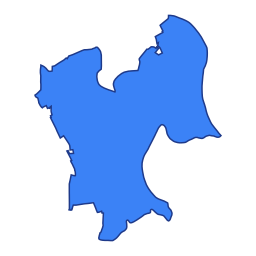 the district of Duy Tien, Hà Nam, Vietnam
{"feature_id": "81297802B7902592700170", "entity_name": "Duy Tien", "entity_type": "district", "adm_level": 2, "iso_a3": "VNM", "parent_name": "Vietnam", "parent_adm1": "Hà Nam", "projection": "natural_earth1", "projection_center": [105.971, 20.625], "detail": "fine", "context": "isolated", "style": "filled", "palette": "blue", "viewbox_px": 256, "rotation_deg": 0, "n_neighbors": 0, "source": "geoboundaries", "source_scale": "gbopen_adm2", "svg_char_len": 5765}
<svg xmlns="http://www.w3.org/2000/svg" viewBox="0 0 256 256"><path d="M167.6,202.9L164.2,201.1L159.1,199.2L157.8,198.6L156.5,197.8L155.9,197.4L155.5,197.1L153.4,194.8L150.9,191.9L149.1,189.4L148.0,187.7L146.4,184.8L144.6,180.0L143.7,177.2L142.7,172.1L142.5,170.9L142.2,168.9L142.0,166.4L142.1,163.0L142.4,161.6L142.7,160.1L143.4,157.7L144.0,156.1L144.7,154.6L148.1,149.0L149.1,146.8L153.1,139.0L154.8,135.6L156.1,132.8L156.8,131.5L157.3,130.3L158.5,127.9L159.5,126.6L160.9,125.1L161.2,124.9L161.6,124.7L162.2,124.7L162.7,124.8L163.5,125.1L164.1,125.5L164.7,126.2L165.7,127.7L166.1,129.0L166.8,132.2L167.1,133.7L167.7,135.0L168.6,136.6L169.6,138.0L170.3,138.8L171.6,139.8L173.4,141.1L174.6,141.7L175.6,142.0L177.4,142.5L179.5,142.8L180.9,142.8L183.8,142.6L185.2,142.4L185.7,142.2L186.5,141.8L187.7,141.0L189.3,140.1L189.8,139.9L191.6,139.2L194.4,137.8L195.2,137.5L195.8,137.4L196.4,137.4L196.8,137.4L197.2,137.4L198.3,137.8L199.3,138.0L201.4,138.4L202.0,138.4L202.6,138.3L203.3,138.0L203.9,137.7L205.6,136.5L206.4,136.1L209.3,135.3L209.9,135.4L211.8,135.8L213.1,135.9L214.1,136.1L214.7,136.4L217.1,137.2L217.7,137.2L218.2,137.2L218.8,137.1L219.2,137.0L219.7,136.8L220.3,136.3L221.0,135.6L218.9,133.3L217.1,130.9L214.5,127.7L212.5,125.1L211.6,123.9L210.5,121.9L208.9,118.4L207.7,115.7L206.8,113.1L206.2,110.9L205.4,107.5L204.6,104.8L203.6,101.8L202.8,99.3L202.4,97.0L202.3,96.1L202.1,93.2L202.0,89.3L202.0,86.0L202.2,83.2L202.8,76.2L203.3,72.6L203.5,70.1L203.6,69.2L204.2,68.0L204.8,66.7L205.2,66.0L205.9,63.9L206.2,63.1L206.4,62.5L206.7,60.9L206.9,59.7L207.2,56.2L207.3,53.1L207.2,50.6L207.0,48.5L206.9,47.9L206.7,47.3L206.1,46.0L205.1,44.1L202.2,38.7L201.2,36.9L199.9,35.0L198.6,33.1L195.9,29.7L194.8,28.3L193.3,26.6L191.0,24.2L189.3,22.7L187.8,21.7L185.6,20.5L182.2,19.0L179.4,18.0L175.7,16.5L174.3,16.0L173.2,15.8L170.2,15.4L168.5,15.4L168.5,17.0L168.3,18.3L167.9,18.9L162.8,23.0L161.3,24.3L160.6,24.8L160.1,25.3L161.3,27.8L162.9,30.9L162.2,31.4L162.8,32.5L160.9,33.5L156.9,35.7L155.3,36.6L155.8,38.0L156.2,39.1L156.5,40.7L157.0,43.6L158.3,42.7L158.0,44.5L157.8,45.2L157.6,45.7L157.9,45.9L159.4,47.2L159.9,47.7L160.8,49.5L162.3,53.0L158.6,54.9L155.2,52.6L158.5,48.5L156.7,46.9L156.5,47.2L156.0,48.3L154.0,47.0L153.3,46.9L152.4,46.8L151.2,46.8L149.1,48.5L148.1,49.2L147.4,49.2L146.8,49.2L145.6,50.8L145.3,51.1L144.8,51.8L144.2,52.5L142.8,54.2L141.8,55.4L139.7,58.1L139.3,58.7L139.2,59.0L139.3,60.0L139.7,61.0L139.8,61.4L139.8,62.1L139.8,62.7L139.5,64.5L139.4,65.1L138.9,66.8L138.5,68.6L137.9,70.5L131.7,70.9L128.4,71.2L124.2,72.2L121.5,73.6L118.0,76.3L115.5,79.0L114.1,81.1L113.8,82.2L113.4,83.9L113.5,85.2L114.1,87.6L114.8,89.7L115.2,90.9L114.9,91.9L114.3,91.7L113.7,91.5L108.3,89.7L104.3,88.1L102.4,87.1L101.0,86.3L99.9,85.4L99.0,84.5L98.2,83.0L97.5,81.2L97.2,79.8L96.8,76.7L96.9,75.3L97.2,73.0L99.1,70.8L101.2,69.2L101.4,65.9L101.3,55.1L100.6,51.8L99.9,50.4L98.3,48.2L97.1,47.2L96.0,47.2L94.8,48.0L92.9,48.6L91.8,49.2L87.0,49.7L84.2,49.8L82.0,50.6L72.8,54.6L70.3,55.5L68.9,55.9L68.3,56.8L67.2,58.7L66.2,58.0L63.9,60.0L59.4,62.7L54.6,65.9L52.3,66.4L52.2,70.2L52.0,71.1L50.6,71.3L49.0,71.3L48.5,71.1L47.1,69.7L46.2,68.5L45.2,67.6L44.1,66.7L42.9,66.0L42.0,65.6L40.9,65.1L40.8,67.0L40.5,69.0L40.4,70.2L40.4,72.9L40.8,75.8L40.7,82.1L40.9,84.3L40.9,87.5L40.8,89.9L38.7,92.0L36.6,94.0L35.0,95.1L35.2,95.9L35.5,96.4L36.2,97.2L36.7,97.5L37.4,97.7L37.7,98.0L37.9,98.3L38.7,101.7L38.8,102.7L39.0,103.2L39.3,103.7L39.8,104.7L40.5,105.9L41.2,106.7L41.5,107.2L42.4,107.8L42.6,107.6L42.7,107.4L43.3,107.0L44.1,106.6L46.3,105.6L46.9,107.1L47.5,108.4L48.5,108.0L48.9,108.1L49.6,108.3L49.9,107.5L50.0,107.2L50.3,106.8L50.9,106.4L51.2,106.2L51.2,107.9L51.1,110.3L51.1,110.8L51.2,111.9L51.6,113.3L52.0,114.9L51.6,115.2L50.5,115.8L51.2,117.3L50.5,117.6L52.5,121.6L53.9,124.4L55.8,128.2L57.1,131.3L60.3,138.0L63.6,135.8L65.6,138.7L68.7,143.4L69.4,144.7L69.6,145.2L69.8,146.0L70.1,148.9L70.1,150.0L72.8,149.7L73.3,151.8L73.5,153.4L69.5,153.6L68.5,151.5L68.1,150.6L66.9,151.0L69.9,156.8L71.7,160.5L70.7,160.9L71.1,162.0L71.7,163.0L72.5,164.5L73.5,166.7L74.1,167.9L74.6,168.9L74.7,170.1L75.2,171.7L75.4,173.5L75.4,175.3L75.4,175.5L75.2,175.7L74.2,175.7L71.2,174.9L70.1,180.4L69.3,183.9L69.3,192.1L69.4,202.8L69.4,207.4L69.4,208.7L69.0,209.8L69.8,210.0L70.7,210.1L71.2,210.1L71.4,209.4L71.9,209.6L72.3,208.3L72.6,207.0L73.3,205.1L76.1,205.1L84.4,203.8L87.7,203.5L89.4,203.3L92.7,202.8L93.5,202.8L95.6,207.9L96.4,210.1L97.4,212.4L98.3,212.3L99.5,212.0L101.6,211.2L102.0,213.0L103.4,213.1L102.9,223.1L102.9,223.3L103.1,225.3L103.1,225.6L102.5,227.8L101.5,230.5L101.3,231.3L100.7,232.4L99.9,233.0L99.9,233.3L99.8,233.8L99.3,235.4L98.8,237.8L98.9,238.7L99.1,239.1L99.5,239.4L99.8,239.5L100.8,239.9L102.5,240.2L105.1,240.4L108.1,240.4L111.1,240.6L111.8,240.6L112.5,240.6L113.1,240.4L113.7,240.0L115.1,239.1L116.5,238.0L117.9,236.5L120.6,233.2L121.6,232.3L123.1,231.4L124.5,230.7L125.4,229.8L126.0,229.1L126.4,228.6L126.7,227.5L126.8,226.7L126.7,224.1L126.4,221.9L126.4,221.4L126.5,220.9L126.8,220.4L127.1,220.2L127.6,220.1L128.1,220.3L128.5,220.7L129.7,222.4L130.1,222.7L130.9,222.8L131.9,222.6L133.7,221.8L136.9,219.9L141.1,217.1L143.5,215.3L144.3,214.6L145.4,214.2L147.2,213.5L148.4,213.3L149.2,213.1L149.6,213.0L150.0,212.8L150.3,212.5L150.4,212.3L150.5,212.0L150.5,210.9L150.5,210.2L150.7,209.8L151.0,209.6L151.4,209.4L151.9,209.4L152.5,209.6L153.6,210.5L155.0,211.9L156.5,213.2L157.5,214.0L158.5,214.4L160.2,214.7L162.6,215.3L163.6,215.8L164.1,216.2L167.3,220.2L168.1,220.7L168.5,220.9L168.8,220.8L169.2,220.6L169.6,220.3L169.8,219.9L170.2,219.3L171.2,216.5L171.8,215.1L171.9,214.4L172.0,213.5L171.9,212.7L171.3,211.1L170.8,210.0L169.4,208.5L168.6,207.5L168.3,206.8L168.1,206.1L168.0,204.9L167.9,204.0L167.7,203.2L167.6,202.9Z" fill="#3b82f6" stroke="#1e3a8a" stroke-width="1.5"/></svg>